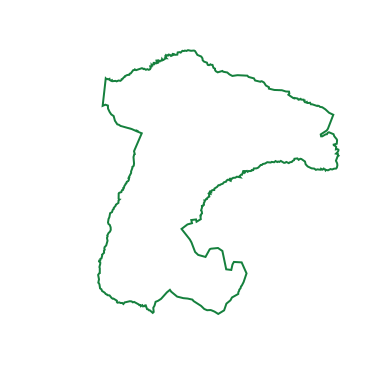 Kapiri Mposhi, Central, Zambia, rotated 293°
{"feature_id": "96606910B40769326482894", "entity_name": "Kapiri Mposhi", "entity_type": "district", "adm_level": 2, "iso_a3": "ZMB", "parent_name": "Zambia", "parent_adm1": "Central", "projection": "albers", "projection_center": [28.625, -14.196], "detail": "fine", "context": "isolated", "style": "outline", "palette": "green", "viewbox_px": 384, "rotation_deg": 293, "n_neighbors": 0, "source": "geoboundaries", "source_scale": "gbopen_adm2", "svg_char_len": 6047}
<svg xmlns="http://www.w3.org/2000/svg" viewBox="0 0 384 384"><g transform="rotate(293 192 192)"><path d="M138.4,274.0L146.6,265.2L144.0,257.9L141.1,257.6L135.6,258.6L134.2,253.7L149.6,243.0L150.6,237.8L147.2,231.6L146.2,230.7L137.5,229.8L136.5,222.3L138.0,218.3L145.4,211.2L147.5,208.5L153.9,196.8L160.4,200.5L163.3,204.2L165.9,202.3L168.3,206.4L166.4,207.8L170.4,210.7L173.5,209.0L173.7,209.4L174.9,209.1L176.2,209.6L178.2,208.4L178.5,207.6L181.5,207.3L183.0,206.6L183.3,207.4L185.0,207.5L185.1,207.9L186.5,207.2L187.9,207.4L189.0,206.8L189.1,207.4L191.1,207.8L191.4,208.5L192.7,208.4L194.5,209.7L194.9,209.2L196.3,209.0L197.1,207.9L197.5,208.1L197.6,209.2L198.3,208.3L199.6,208.3L199.8,208.6L199.5,209.8L200.6,209.5L201.6,209.9L202.5,211.7L203.9,211.3L206.5,213.1L208.6,213.7L209.1,214.9L209.9,215.2L211.7,217.1L213.3,217.5L214.9,219.4L215.9,219.3L217.2,220.0L217.5,220.9L217.4,223.3L218.0,223.2L218.4,221.7L219.0,221.7L220.0,223.8L221.1,224.3L222.1,226.3L223.6,227.3L224.4,230.7L225.0,229.5L227.2,230.5L227.5,231.3L228.9,231.2L229.8,231.9L230.2,231.1L231.3,231.0L232.0,232.6L231.7,232.8L231.1,232.2L230.5,233.0L232.1,233.4L232.9,234.3L232.4,235.4L233.4,235.9L234.2,237.8L234.8,238.5L235.5,238.4L236.1,239.8L237.8,239.7L239.0,242.2L240.4,243.5L243.7,244.7L244.1,245.7L245.4,246.2L246.8,248.2L248.8,249.6L249.9,253.0L250.8,253.5L251.5,256.0L253.1,256.8L252.9,258.8L253.7,259.4L253.8,260.6L255.3,261.6L254.8,265.2L255.2,266.1L256.5,267.1L256.4,269.8L257.7,270.6L258.6,272.1L260.0,272.5L261.1,273.5L262.6,273.3L264.1,275.9L263.3,277.6L264.9,278.7L265.1,279.8L264.2,284.1L261.9,285.8L260.7,288.5L260.5,292.8L261.3,295.4L260.8,297.4L261.8,298.5L262.8,301.8L263.8,301.7L263.6,303.4L265.0,304.1L264.6,304.8L264.8,305.8L264.1,306.5L264.7,306.7L265.1,308.7L267.2,310.5L267.5,312.2L269.0,313.7L269.9,315.5L271.1,315.8L273.4,315.4L275.1,314.4L277.0,312.3L281.7,312.1L282.7,312.7L283.0,311.9L283.9,311.5L283.6,309.6L285.8,310.5L287.3,310.6L288.2,310.2L288.2,308.7L287.5,307.8L289.8,307.1L290.3,306.1L290.5,304.2L291.0,303.9L293.0,306.4L296.4,305.3L297.1,304.6L298.9,301.2L300.5,299.7L300.5,294.7L299.4,293.8L297.9,293.6L297.3,292.5L294.1,290.1L293.7,289.1L295.3,288.0L301.3,292.0L303.4,292.4L318.3,291.9L318.5,287.2L320.2,282.5L320.9,278.8L320.4,276.5L320.8,275.2L320.6,274.0L320.1,273.7L319.7,268.5L319.2,267.1L320.3,265.8L319.2,264.0L319.0,263.2L319.8,262.5L319.0,261.8L318.8,260.9L319.2,260.1L320.2,259.9L320.0,259.3L320.6,258.7L319.7,256.4L320.2,255.6L318.8,254.4L319.0,254.1L318.7,253.7L319.3,252.6L318.7,250.1L318.3,249.9L318.5,249.2L318.0,248.7L319.2,242.7L320.7,243.1L322.3,242.1L321.2,239.1L320.8,235.0L318.1,227.9L317.2,222.4L318.5,221.9L318.9,218.4L320.9,215.5L321.2,213.3L321.0,212.4L320.2,211.9L319.3,206.5L320.8,204.6L320.0,199.1L320.7,197.5L317.3,188.2L314.6,183.8L314.9,180.5L315.8,177.8L314.9,173.7L315.3,172.7L312.2,168.9L312.5,166.7L313.4,165.4L314.5,165.0L314.7,163.2L317.0,161.2L316.5,159.7L316.7,159.1L315.4,158.1L315.2,156.8L316.9,155.2L316.7,152.2L317.4,150.4L319.1,149.4L320.3,147.6L320.3,143.4L322.9,139.8L323.0,138.6L321.6,135.9L321.0,132.9L319.7,131.8L319.4,130.2L318.6,129.5L318.2,128.0L315.9,127.1L315.9,126.0L314.9,124.3L312.7,124.8L311.6,122.7L311.9,121.5L311.6,120.3L311.0,120.2L310.7,121.1L309.0,119.5L309.6,118.2L309.4,116.8L308.8,116.4L308.3,116.7L307.6,115.4L307.9,114.5L307.0,114.3L306.2,115.2L305.6,114.8L305.1,116.1L304.9,115.6L302.3,114.0L302.0,113.4L302.6,112.5L301.1,112.8L300.4,111.5L299.5,111.3L299.4,110.9L300.1,109.7L299.1,107.9L298.0,108.6L298.6,109.6L297.7,110.2L296.5,108.9L296.2,107.7L295.4,107.4L296.1,106.8L295.9,106.3L295.0,106.6L293.9,106.0L293.0,106.2L292.7,105.7L293.0,105.2L291.8,105.7L291.3,104.5L290.1,105.5L288.6,105.4L287.6,104.5L287.6,102.9L286.5,101.8L286.8,100.0L286.2,99.3L286.5,98.3L286.3,97.4L282.3,92.9L282.5,91.6L282.0,91.6L281.2,90.3L277.3,89.3L276.5,88.4L275.4,88.5L274.4,86.7L272.4,85.0L271.6,85.1L270.9,84.4L269.0,83.9L268.4,83.2L267.8,83.4L266.4,82.7L265.9,80.8L264.4,79.4L264.4,78.2L262.8,75.2L262.8,74.4L263.4,74.3L262.8,73.6L263.0,72.4L263.9,71.8L262.9,70.7L263.0,69.9L262.5,69.2L262.9,68.2L236.4,76.1L238.5,78.1L238.7,80.8L236.0,82.1L233.5,84.9L231.9,87.3L231.3,90.2L227.5,93.2L225.1,96.8L225.3,98.4L224.9,100.5L226.4,111.9L226.3,116.6L226.9,116.7L226.9,118.0L226.3,118.0L226.4,122.8L206.9,122.7L204.5,124.5L204.1,124.1L201.3,124.5L195.6,127.5L193.4,128.1L191.6,127.3L191.1,127.7L187.1,127.9L185.8,128.5L180.8,128.1L180.6,128.6L179.8,128.3L179.6,128.8L178.6,129.1L177.2,129.0L175.9,128.0L174.7,128.2L173.9,127.7L173.5,127.9L171.2,127.4L169.7,127.6L169.0,127.2L168.5,127.7L167.9,127.4L167.1,127.7L166.2,126.8L164.3,127.0L162.8,125.3L162.0,125.1L157.3,127.0L156.6,127.8L156.7,128.2L155.5,127.7L153.2,128.5L150.6,126.9L149.7,127.1L146.7,126.2L146.0,126.6L144.8,126.0L142.2,126.2L140.5,124.9L136.4,125.8L134.6,125.7L131.1,126.6L129.9,127.7L129.6,129.1L127.7,130.9L125.4,132.0L123.5,132.0L121.6,131.2L118.8,131.0L118.4,131.6L116.5,131.7L114.1,133.3L109.3,133.9L107.0,133.1L105.4,133.5L104.8,134.2L103.5,133.9L101.7,134.8L99.1,133.7L98.3,134.2L95.5,134.6L94.7,133.8L93.1,134.3L92.7,133.4L91.8,133.5L91.1,135.2L90.0,135.6L86.7,136.1L85.8,136.9L81.3,138.8L80.8,138.3L79.0,138.0L75.3,140.5L71.9,141.2L71.6,142.1L70.5,143.1L67.4,145.0L67.0,146.7L65.8,147.8L65.2,151.0L64.4,152.4L64.4,154.0L64.0,154.5L64.6,156.5L63.0,159.5L62.8,160.8L63.2,161.3L62.6,165.3L61.4,165.8L61.0,166.6L62.0,168.3L61.9,169.6L62.6,171.1L62.1,172.6L64.0,173.1L67.2,177.5L67.7,179.2L67.3,180.6L68.2,181.7L67.7,187.0L67.3,187.6L67.8,188.6L66.9,189.5L68.4,190.5L67.6,191.6L68.3,192.4L68.5,193.5L69.3,193.2L69.6,193.7L66.6,196.4L66.8,197.8L66.3,198.6L66.6,199.5L65.4,203.1L66.6,203.6L70.3,201.6L72.7,201.9L76.7,201.4L78.6,203.3L81.6,205.3L89.8,208.1L93.3,209.9L92.1,211.8L89.9,219.2L90.9,225.5L92.2,229.6L93.1,234.4L92.2,236.1L90.7,244.9L89.1,249.0L89.1,252.1L90.6,255.2L90.7,256.3L90.7,259.5L90.0,263.8L95.6,267.8L102.7,267.3L107.3,269.7L110.5,270.0L116.2,274.4L117.9,273.8L119.5,274.0L120.6,273.7L122.3,274.3L124.2,274.0L125.2,274.4L129.2,274.7L138.4,274.0Z" fill="none" stroke="#15803d" stroke-width="2"/></g></svg>